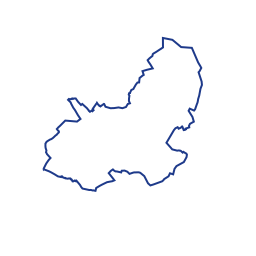 outline of Dutse, Jigawa, Nigeria, rotated 242°
{"feature_id": "59680162B76882427234764", "entity_name": "Dutse", "entity_type": "district", "adm_level": 2, "iso_a3": "NGA", "parent_name": "Nigeria", "parent_adm1": "Jigawa", "projection": "mercator", "projection_center": [9.316, 11.807], "detail": "fine", "context": "isolated", "style": "outline", "palette": "blue", "viewbox_px": 256, "rotation_deg": 242, "n_neighbors": 0, "source": "geoboundaries", "source_scale": "gbopen_adm2", "svg_char_len": 3442}
<svg xmlns="http://www.w3.org/2000/svg" viewBox="0 0 256 256"><g transform="rotate(242 128 128)"><path d="M88.2,91.4L89.2,91.2L89.7,91.2L97.2,89.8L98.2,92.7L98.5,95.2L97.0,95.7L95.6,96.5L94.9,97.7L92.0,101.1L93.2,102.4L92.0,105.0L89.7,106.9L86.8,107.8L86.2,111.5L85.9,112.6L83.8,116.7L82.7,117.8L77.9,119.8L69.8,119.7L66.8,120.8L66.2,123.9L64.9,133.2L65.4,135.0L65.9,135.9L66.3,141.1L68.3,143.8L65.9,146.1L70.1,149.9L71.6,152.9L71.7,161.3L74.8,166.0L76.8,167.5L77.4,167.5L78.0,167.5L79.2,166.7L81.0,165.7L80.9,165.1L80.7,164.7L81.7,164.3L82.4,164.1L82.8,164.0L83.3,163.7L83.5,163.4L83.9,162.8L84.1,162.7L84.3,162.3L84.5,162.0L84.9,160.8L88.4,157.0L90.7,156.5L96.9,155.0L100.8,161.4L104.6,167.6L105.5,169.8L105.4,172.2L103.6,172.4L103.5,174.6L103.5,175.0L104.0,176.3L103.9,176.6L103.3,176.6L101.0,176.3L100.0,176.2L99.6,177.3L100.0,177.7L99.7,178.6L100.4,178.8L99.8,182.4L101.3,182.9L102.6,184.7L102.7,189.1L107.5,190.1L114.7,189.6L116.1,191.6L112.8,194.2L112.4,194.5L113.0,196.0L116.8,200.1L117.7,201.2L118.5,201.9L119.0,202.3L120.7,203.6L123.2,206.1L128.6,210.4L131.3,213.5L134.4,214.8L144.1,216.5L144.5,217.7L146.6,220.9L149.2,220.9L150.4,220.8L153.0,220.7L168.8,222.0L174.5,212.9L185.0,208.6L191.1,201.1L182.7,196.7L181.9,187.9L181.8,185.4L181.6,184.6L180.1,183.3L179.8,181.4L179.4,179.5L178.7,177.2L176.9,177.2L173.4,177.6L169.0,177.8L170.5,172.1L171.4,167.5L167.5,166.8L167.4,165.3L166.7,161.7L163.0,159.2L163.7,157.7L162.7,155.4L160.5,151.9L159.9,151.1L159.9,150.7L160.0,148.8L158.4,146.6L157.9,146.2L158.2,145.3L157.1,144.3L155.8,144.4L155.3,144.0L153.5,142.7L151.4,141.5L148.9,141.3L149.3,139.1L147.5,136.1L148.1,132.4L148.5,131.9L150.6,129.3L152.1,125.1L153.7,121.8L157.3,118.1L160.4,118.2L160.6,118.0L160.0,113.8L161.0,113.5L161.0,113.1L162.9,112.6L164.8,112.4L164.3,111.7L164.1,110.9L163.7,110.2L163.3,109.6L163.2,109.2L162.9,108.6L162.7,108.2L162.3,107.5L162.1,106.9L161.7,106.7L161.4,106.3L161.4,105.8L161.1,105.6L160.6,105.6L160.4,105.7L159.9,105.9L159.5,104.5L160.4,104.2L160.3,103.9L160.3,103.4L160.3,102.9L160.3,102.6L160.2,102.4L160.2,102.0L161.0,101.8L161.5,101.5L162.1,101.6L162.5,101.5L163.1,101.3L163.6,101.3L163.8,101.2L164.6,101.1L165.2,100.9L170.7,98.9L170.4,97.3L174.6,96.2L178.6,95.7L179.5,94.0L179.5,93.0L179.8,92.9L180.3,92.6L180.1,92.1L180.1,91.6L180.4,91.3L180.4,90.9L180.5,90.6L180.5,90.0L181.0,89.8L180.9,89.2L181.3,89.1L181.0,88.3L177.5,89.4L176.1,89.2L171.5,89.2L168.7,89.6L163.0,89.8L158.3,90.3L157.6,86.0L164.0,76.1L161.8,68.9L161.2,66.5L160.8,65.6L160.5,64.7L159.0,64.9L157.5,65.4L156.6,64.9L156.0,62.9L155.5,61.8L155.4,60.5L155.0,59.2L154.4,56.9L154.2,55.1L154.4,53.9L154.3,51.9L154.2,50.6L154.0,49.5L153.6,48.9L153.0,47.8L150.8,46.6L149.1,45.9L146.4,45.4L145.0,44.2L143.8,44.3L143.0,44.2L137.9,45.5L137.0,43.0L136.0,41.0L135.0,39.1L131.4,34.0L131.5,34.0L131.4,34.0L126.9,37.9L124.8,39.4L121.5,41.5L118.2,43.4L116.1,45.9L116.6,46.5L116.3,47.1L115.6,47.2L115.0,47.3L114.5,47.9L114.0,48.1L113.6,48.7L113.4,49.1L112.9,49.1L112.6,49.7L112.3,50.1L112.0,50.3L111.5,51.1L111.2,52.2L110.5,53.4L109.7,53.3L109.1,53.6L109.1,54.0L108.6,54.1L107.8,54.0L106.9,54.0L106.6,54.4L106.7,54.9L106.6,55.4L106.7,55.8L106.5,56.0L106.6,56.4L106.3,56.7L105.8,56.6L105.6,56.8L106.0,57.1L105.9,57.7L100.3,58.9L97.7,59.0L95.9,59.4L91.5,64.6L90.8,66.0L90.4,66.5L89.4,67.5L89.1,68.3L88.6,68.8L87.8,69.8L90.0,71.8L90.2,75.7L90.2,78.5L90.0,84.0L89.1,87.0L88.4,89.1L88.2,91.4Z" fill="none" stroke="#1e3a8a" stroke-width="2"/></g></svg>